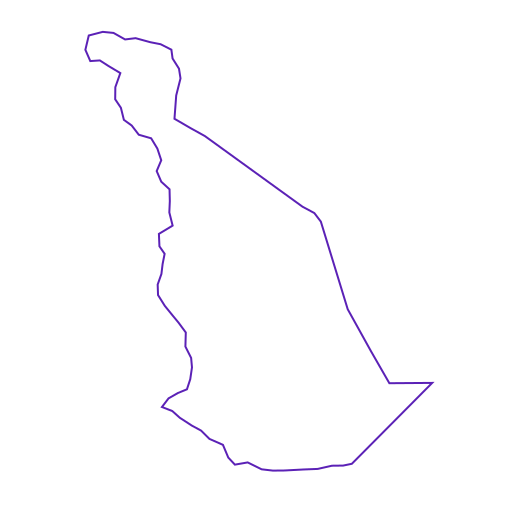 outline of Nova Olinda, Paraíba, Brazil, rotated 4°
{"feature_id": "56859067B38165704996968", "entity_name": "Nova Olinda", "entity_type": "district", "adm_level": 2, "iso_a3": "BRA", "parent_name": "Brazil", "parent_adm1": "Paraíba", "projection": "orthographic", "projection_center": [-38.038, -7.461], "detail": "fine", "context": "isolated", "style": "outline", "palette": "violet", "viewbox_px": 512, "rotation_deg": 4, "n_neighbors": 0, "source": "geoboundaries", "source_scale": "gbopen_adm2", "svg_char_len": 1088}
<svg xmlns="http://www.w3.org/2000/svg" viewBox="0 0 512 512"><g transform="rotate(4 256 256)"><path d="M440.6,370.3L397.9,373.6L377.3,342.9L351.2,302.7L318.3,217.2L311.2,209.1L299.0,203.6L196.6,139.9L182.0,133.1L165.1,124.8L165.2,101.4L168.3,84.1L166.1,74.5L159.0,64.8L157.2,56.1L146.1,51.4L135.7,50.1L120.7,47.1L110.3,49.1L98.3,43.4L87.5,43.1L73.8,47.7L71.4,62.2L77.1,73.1L86.6,71.8L95.3,76.6L107.9,83.0L103.9,97.4L104.6,109.5L110.9,117.6L114.7,129.4L122.9,134.5L130.6,143.2L143.2,145.9L150.1,155.7L154.8,167.1L151.0,178.2L156.3,188.5L165.1,195.5L166.2,207.2L166.5,218.6L170.7,231.5L157.6,240.7L159.0,253.1L164.7,260.2L163.4,270.5L162.9,280.5L159.9,291.3L161.0,301.8L168.5,312.1L177.3,321.5L183.3,327.8L191.3,337.2L191.9,351.3L198.4,362.2L199.9,371.6L199.0,383.5L196.4,393.8L187.7,398.1L178.7,404.1L172.7,413.2L183.3,416.5L191.3,422.7L203.9,429.7L213.4,434.0L222.3,441.7L236.2,446.7L242.4,459.0L249.5,465.6L262.1,462.5L276.5,468.4L287.8,468.9L299.2,468.0L318.7,465.6L332.4,464.1L346.4,459.9L357.5,459.0L366.1,456.6L440.6,370.3Z" fill="none" stroke="#5b21b6" stroke-width="2"/></g></svg>